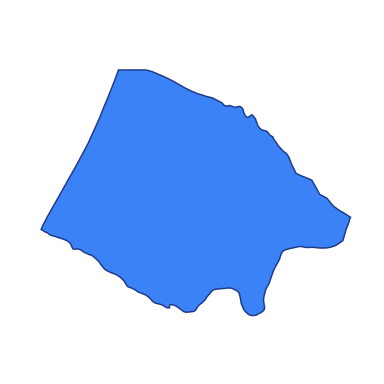 outline of Sageata, Buzau, Romania, rotated 353°
{"feature_id": "2599482B66613850567088", "entity_name": "Sageata", "entity_type": "district", "adm_level": 2, "iso_a3": "ROU", "parent_name": "Romania", "parent_adm1": "Buzau", "projection": "orthographic", "projection_center": [27.041, 45.126], "detail": "fine", "context": "isolated", "style": "filled", "palette": "blue", "viewbox_px": 384, "rotation_deg": 353, "n_neighbors": 0, "source": "geoboundaries", "source_scale": "gbopen_adm2", "svg_char_len": 3909}
<svg xmlns="http://www.w3.org/2000/svg" viewBox="0 0 384 384"><g transform="rotate(353 192 192)"><path d="M257.5,292.0L257.7,291.6L258.0,290.9L259.1,288.5L260.4,285.9L261.2,284.1L262.7,281.1L264.4,278.2L265.1,277.2L265.8,276.2L268.0,273.2L270.5,269.7L273.0,264.2L273.9,262.9L275.4,261.7L276.4,261.2L277.7,260.8L281.0,260.2L285.7,259.7L291.7,259.2L293.8,259.4L294.9,259.8L297.2,260.6L299.3,261.1L305.2,261.6L306.8,261.8L307.9,262.3L313.5,263.4L315.6,263.6L318.4,263.9L323.4,263.6L328.1,262.6L332.5,260.4L335.9,258.6L340.2,248.3L343.8,241.6L344.9,238.9L345.3,238.0L346.0,236.8L346.3,236.4L345.8,236.1L345.3,235.7L341.8,232.7L339.7,230.9L337.2,229.2L336.6,228.8L336.1,228.3L333.4,225.9L330.9,223.5L330.2,222.6L325.9,216.0L325.1,214.6L318.5,210.0L315.0,201.1L313.4,197.4L312.9,196.3L312.7,195.6L312.5,195.2L311.2,194.1L308.2,192.4L305.2,190.8L303.2,189.7L298.7,187.0L297.9,186.3L297.4,185.8L295.7,180.9L295.4,179.7L294.7,178.3L294.1,175.8L292.7,170.7L292.5,169.7L292.1,168.5L291.8,168.0L290.4,165.3L288.2,163.3L287.4,162.4L287.0,161.8L286.4,161.0L283.2,156.6L282.7,155.7L282.4,155.0L282.2,154.6L282.0,153.9L281.7,153.4L279.5,149.4L278.9,147.1L276.6,145.3L275.9,144.5L274.0,141.1L269.3,139.0L268.0,138.2L265.5,134.5L264.5,130.1L263.8,126.9L261.2,122.8L259.9,123.0L257.0,124.7L256.4,124.6L255.4,124.2L253.9,122.3L252.6,117.3L252.8,116.9L252.9,116.7L252.7,116.3L251.8,114.5L250.9,113.5L249.7,112.9L248.9,112.8L247.1,113.1L245.0,113.2L244.6,113.0L242.9,112.2L241.9,111.8L241.3,111.4L240.8,111.2L240.0,110.8L239.6,110.7L239.3,110.7L238.3,111.1L237.6,110.9L236.7,110.8L235.7,110.8L234.7,110.1L234.4,109.7L232.3,106.8L231.0,106.1L230.6,105.8L229.7,105.1L227.4,103.6L226.1,102.7L225.2,102.1L224.3,101.4L222.6,100.6L222.2,100.5L221.2,100.1L218.5,99.1L215.3,97.7L214.2,97.1L213.0,96.6L212.8,96.5L209.4,95.0L206.6,93.4L204.1,92.0L201.6,90.4L200.0,89.4L198.8,88.6L197.5,87.7L196.6,87.0L192.1,83.7L191.3,83.2L190.7,82.7L188.2,80.7L187.5,80.2L186.6,79.7L185.1,78.6L182.9,77.1L182.3,76.7L180.4,75.5L179.5,74.8L178.4,74.2L172.1,70.5L169.5,69.1L168.4,68.4L167.6,67.9L166.1,67.3L164.5,66.6L163.4,66.1L161.8,65.5L160.0,65.1L159.5,65.0L159.2,65.0L157.3,64.8L147.7,63.6L144.2,63.2L143.8,63.2L143.6,63.2L141.8,62.9L139.6,62.6L137.4,62.4L133.9,61.9L130.2,69.3L129.5,70.6L123.3,82.0L117.6,92.2L115.4,96.1L108.9,107.9L94.4,131.7L79.4,152.9L69.4,166.4L67.8,168.6L58.1,181.8L54.6,186.5L45.8,198.4L45.4,199.0L42.9,202.6L40.0,206.8L39.2,208.1L37.7,210.9L39.1,211.8L40.6,213.2L43.5,214.9L45.2,216.6L46.6,217.8L50.3,219.2L53.5,220.8L57.9,222.8L60.7,224.3L63.0,225.9L64.9,228.2L65.4,229.3L66.1,232.0L67.1,234.1L68.3,234.4L71.3,234.6L72.9,234.9L74.6,236.0L77.9,239.0L79.8,240.0L82.5,241.7L84.4,242.4L85.8,243.6L89.0,247.1L91.4,250.2L93.2,253.9L96.1,258.2L98.2,259.9L102.5,262.6L105.5,264.1L107.1,265.1L110.0,267.4L111.9,269.6L113.7,272.0L115.7,276.4L116.4,277.8L118.0,278.9L120.6,280.1L123.8,282.3L126.2,284.6L132.2,287.8L134.2,289.1L136.1,291.0L137.0,291.9L139.7,295.9L141.9,297.7L143.2,298.2L148.0,300.1L150.5,301.9L152.9,303.8L155.5,304.2L155.5,303.3L156.3,301.1L157.0,301.2L159.1,301.6L160.5,302.2L161.6,302.9L162.1,303.1L163.7,304.4L168.3,308.9L169.1,309.6L170.5,310.3L171.4,310.6L176.0,310.8L177.3,310.7L178.1,310.8L179.4,310.6L180.9,309.9L181.5,309.4L183.8,306.4L184.7,305.5L186.0,304.6L188.8,303.0L192.0,300.5L193.7,298.3L198.0,294.2L200.2,292.4L201.3,291.8L203.3,291.4L216.8,291.7L218.8,292.1L219.9,292.5L222.9,294.4L224.5,295.6L225.5,296.5L226.3,297.6L226.5,298.4L226.9,301.6L227.3,307.4L227.2,308.0L227.5,309.7L228.0,310.9L228.7,313.7L229.2,315.2L230.7,317.6L232.9,320.1L233.9,320.9L235.2,321.5L236.7,322.0L238.1,322.1L239.2,322.0L240.8,322.0L243.5,320.8L245.3,320.2L246.9,319.5L248.2,318.6L249.4,317.4L249.7,316.7L250.0,314.8L249.8,311.6L249.8,309.1L249.9,307.3L250.6,304.9L252.5,299.8L253.3,297.9L254.5,295.9L255.6,294.6L256.1,293.8L257.1,292.6L257.3,292.3L257.5,292.0Z" fill="#3b82f6" stroke="#1e3a8a" stroke-width="1.5"/></g></svg>